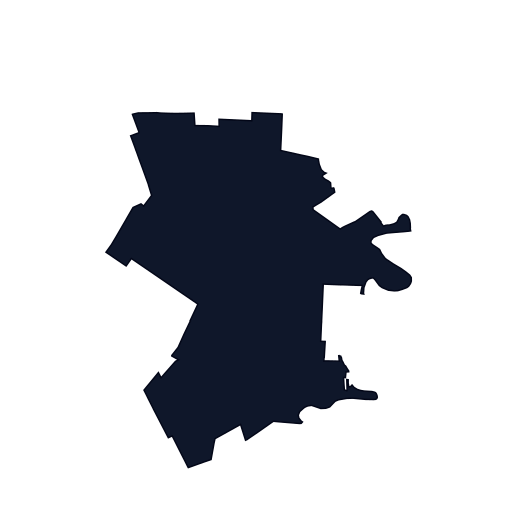 the district of Maxineni, Braila, Romania, rotated 67°
{"feature_id": "2599482B99359782124657", "entity_name": "Maxineni", "entity_type": "district", "adm_level": 2, "iso_a3": "ROU", "parent_name": "Romania", "parent_adm1": "Braila", "projection": "albers", "projection_center": [27.669, 45.424], "detail": "fine", "context": "isolated", "style": "filled", "palette": "ink", "viewbox_px": 512, "rotation_deg": 67, "n_neighbors": 0, "source": "geoboundaries", "source_scale": "gbopen_adm2", "svg_char_len": 3840}
<svg xmlns="http://www.w3.org/2000/svg" viewBox="0 0 512 512"><g transform="rotate(67 256 256)"><path d="M333.1,171.7L332.2,171.6L330.7,170.8L327.3,169.1L322.8,164.9L321.4,162.3L321.2,160.4L321.4,158.8L321.5,157.7L322.3,156.4L324.6,155.6L331.4,154.0L334.4,152.2L339.2,147.5L342.1,142.3L343.3,139.0L343.8,134.5L344.0,129.5L343.5,127.4L341.8,124.7L340.8,123.7L339.7,122.8L336.5,121.5L333.7,122.0L329.5,124.2L324.4,127.3L316.5,133.1L312.1,135.9L310.4,137.1L308.5,138.1L302.7,139.5L298.3,139.7L295.4,141.5L291.8,143.9L289.2,145.2L286.8,144.2L284.8,140.6L284.7,135.7L285.9,126.9L286.6,124.7L288.3,119.5L291.4,110.2L292.8,105.7L293.3,103.8L292.3,103.6L291.3,103.4L290.2,102.8L286.2,101.3L282.5,100.5L281.8,100.6L279.4,100.7L278.4,101.1L277.4,101.6L275.9,103.3L275.1,104.5L275.1,105.1L275.3,106.0L276.3,108.8L276.5,108.6L276.6,108.8L276.9,109.5L277.2,109.9L278.6,111.4L280.0,113.3L280.3,116.3L279.7,120.8L279.3,122.0L278.9,122.9L278.4,124.8L278.3,127.0L274.0,128.2L273.6,127.6L270.7,128.4L261.0,131.1L259.8,131.9L259.6,133.6L260.0,135.7L260.4,137.5L263.4,152.1L263.1,152.2L263.4,162.3L263.6,165.2L264.1,168.0L235.7,185.4L233.1,184.5L232.4,179.9L231.7,174.6L231.6,174.4L229.2,163.9L228.0,158.6L224.0,157.8L223.6,158.1L223.3,160.0L223.0,160.2L222.3,160.3L219.9,159.5L217.9,158.8L217.6,158.8L215.2,160.1L212.5,162.3L209.8,163.7L209.1,164.1L208.7,163.6L207.6,162.9L207.4,161.0L207.1,159.1L205.7,160.6L202.1,162.2L196.3,162.0L192.3,161.1L191.1,160.7L185.3,168.5L184.2,170.0L179.7,176.5L168.5,192.1L150.4,183.4L135.6,176.4L135.0,177.3L128.7,190.6L122.5,203.6L129.9,207.0L115.7,236.6L122.3,239.3L117.3,249.4L112.1,261.3L100.3,257.2L96.9,265.8L93.5,274.1L91.6,278.4L89.4,283.2L87.3,287.7L85.3,291.4L81.8,300.1L78.3,308.5L77.4,313.6L77.3,314.2L77.3,314.4L96.4,315.3L96.8,315.5L96.4,324.4L109.1,325.0L111.8,325.2L113.0,325.2L121.4,325.7L129.7,326.1L144.4,326.9L148.1,327.1L148.4,327.2L149.1,327.3L159.5,328.4L166.1,339.9L163.1,341.5L163.3,350.2L171.2,360.7L171.4,360.9L177.0,368.4L177.1,368.5L183.7,377.3L187.8,382.9L189.2,384.8L189.3,385.0L193.9,392.6L214.4,379.4L209.6,371.7L234.9,355.5L277.5,328.3L277.8,328.5L289.9,342.0L290.3,341.9L290.6,342.3L299.7,352.6L302.1,355.2L309.7,363.4L314.6,372.3L315.1,372.6L321.3,367.8L321.5,371.2L331.0,391.0L325.2,391.4L329.5,399.6L333.7,407.7L335.7,411.5L341.6,411.1L345.5,410.9L355.7,410.2L356.7,410.2L366.9,409.4L389.0,407.7L388.9,404.4L388.9,403.4L393.3,403.1L401.0,402.6L409.8,402.0L416.8,401.5L421.7,401.2L423.6,401.1L424.3,401.0L425.2,385.0L425.8,376.9L411.6,367.6L408.1,365.1L405.0,336.0L421.5,337.6L421.5,336.1L421.1,334.4L418.7,322.4L417.2,315.4L414.9,304.6L417.0,300.7L427.2,281.3L427.7,279.8L427.3,278.9L426.9,278.1L425.7,278.9L424.6,279.2L423.4,279.5L422.7,279.7L422.0,279.9L419.0,279.3L416.3,276.6L414.5,271.3L414.2,269.4L414.2,267.0L415.2,263.2L417.5,260.6L421.7,255.9L423.4,251.3L423.6,249.2L423.7,247.1L422.0,243.2L420.6,239.9L420.6,236.2L422.5,228.1L424.7,222.4L430.7,211.3L434.1,203.7L434.7,201.7L434.4,200.5L433.5,199.6L432.1,199.2L431.2,199.1L429.6,199.1L428.5,199.4L427.8,200.0L426.1,202.2L422.6,209.2L420.7,212.2L418.3,215.0L415.1,217.2L412.3,218.0L412.6,218.9L413.3,219.9L412.7,221.7L408.9,220.8L405.9,219.5L405.2,220.7L415.2,224.6L415.5,225.0L413.8,227.0L408.5,225.2L402.0,222.9L402.9,221.2L397.9,218.5L398.8,215.9L398.0,215.6L395.5,216.1L392.3,216.5L391.0,217.3L386.9,217.5L385.8,217.7L385.0,217.6L383.0,217.1L381.6,217.2L381.2,217.2L380.9,218.1L380.2,218.3L380.1,218.8L385.3,220.4L384.7,221.9L380.8,230.6L379.1,234.6L376.0,233.0L376.0,232.8L361.7,225.7L359.8,229.8L344.3,222.4L342.4,221.4L341.0,220.8L328.9,215.0L308.4,205.2L308.1,205.1L312.0,196.9L315.9,188.6L315.9,188.4L317.8,184.3L319.7,180.3L319.8,180.1L321.0,177.4L321.9,175.6L323.7,171.6L324.2,170.5L324.6,169.5L328.2,172.2L329.3,172.9L331.3,174.2L331.8,173.9L333.1,171.7Z" fill="#0f172a" stroke="#020617" stroke-width="1.5"/></g></svg>